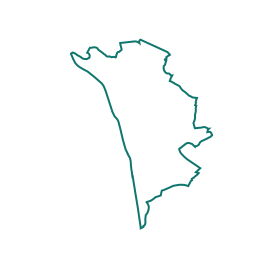 the district of Santa Lucía, Atlántico, Colombia, rotated 25°
{"feature_id": "7082276B3816592638323", "entity_name": "Santa Lucía", "entity_type": "district", "adm_level": 2, "iso_a3": "COL", "parent_name": "Colombia", "parent_adm1": "Atlántico", "projection": "robinson", "projection_center": [-74.963, 10.342], "detail": "fine", "context": "isolated", "style": "outline", "palette": "teal", "viewbox_px": 256, "rotation_deg": 25, "n_neighbors": 0, "source": "geoboundaries", "source_scale": "gbopen_adm2", "svg_char_len": 5529}
<svg xmlns="http://www.w3.org/2000/svg" viewBox="0 0 256 256"><g transform="rotate(25 128 128)"><path d="M145.9,61.6L145.1,62.0L144.6,62.0L144.2,62.0L143.7,61.8L143.4,61.7L143.0,61.5L142.9,61.4L142.7,61.3L142.4,61.3L141.3,61.6L141.0,61.7L140.7,61.9L140.5,62.0L139.8,62.1L139.2,62.0L138.8,61.9L138.2,61.7L137.8,61.4L137.2,61.1L136.6,60.7L136.3,60.4L135.9,60.0L135.6,59.5L135.1,58.9L134.7,57.9L134.5,57.4L134.3,56.9L134.3,56.6L134.4,56.4L134.7,55.6L134.8,55.1L134.8,54.9L134.8,54.6L134.7,54.2L134.6,53.9L134.6,53.5L134.3,52.8L134.3,52.2L134.4,51.4L134.4,51.2L134.3,50.9L134.1,50.9L133.5,50.9L133.1,50.9L132.5,50.5L132.4,50.4L132.4,50.2L132.9,49.8L133.3,49.7L133.5,49.6L133.7,49.4L133.7,49.2L133.3,48.2L133.1,47.8L132.8,47.6L133.0,47.2L134.0,45.5L135.0,44.0L134.7,43.9L134.3,43.6L132.9,43.0L131.6,42.5L131.2,42.5L130.4,42.5L103.0,42.7L102.0,42.7L101.7,43.1L101.6,43.5L101.5,44.0L101.5,44.5L101.6,44.9L101.9,45.5L102.5,46.3L101.2,46.0L100.3,46.0L99.3,46.1L98.6,46.2L97.8,46.6L96.9,47.0L93.8,48.9L87.1,53.0L85.0,54.3L85.9,55.7L86.5,56.4L87.9,58.1L88.3,58.5L88.6,58.9L89.0,59.5L89.1,59.8L89.1,60.1L88.9,60.5L88.4,61.3L88.0,62.4L87.8,62.7L87.7,62.8L87.5,63.0L86.9,63.4L86.7,63.6L86.6,63.8L86.5,64.0L86.4,64.4L86.6,65.2L86.6,66.8L86.7,67.2L87.0,68.1L87.1,68.5L87.1,68.9L86.9,69.1L86.8,69.3L86.6,69.3L85.6,69.4L85.3,69.4L84.9,69.6L84.5,69.8L83.8,70.4L83.4,70.7L83.0,70.8L82.6,70.9L81.7,70.8L81.3,70.9L81.0,71.0L80.5,71.2L79.8,71.7L79.5,71.8L79.0,72.0L78.5,72.0L78.2,72.0L77.7,71.8L76.9,71.5L76.5,71.3L75.2,71.2L74.2,70.9L73.1,70.6L70.6,70.1L69.3,69.9L68.7,69.7L68.2,69.6L67.4,69.3L67.0,69.0L66.6,68.7L66.2,68.6L65.7,68.6L65.1,68.6L64.8,68.7L64.1,68.8L63.8,68.9L63.4,69.0L62.8,69.4L62.1,69.8L61.7,70.2L61.1,70.6L59.9,71.3L59.6,71.4L59.4,73.4L59.3,75.7L59.2,77.0L59.7,77.0L60.5,77.1L61.2,77.2L61.4,77.3L62.2,78.0L62.6,78.4L62.9,79.0L63.0,79.3L63.2,80.7L63.2,80.9L63.1,81.1L62.7,81.3L62.2,82.0L61.8,82.6L61.3,83.1L61.1,83.2L60.7,83.2L60.2,83.5L59.7,83.8L59.2,83.9L58.8,84.0L57.7,84.1L57.3,84.1L56.4,84.0L56.0,83.9L55.6,83.8L55.0,83.5L54.8,83.6L54.0,83.6L53.5,83.5L52.6,83.5L52.0,83.4L51.1,83.3L50.6,83.3L50.1,83.1L48.5,82.8L47.0,82.9L45.8,83.1L45.6,83.7L45.2,84.2L44.9,84.8L49.7,89.1L53.0,91.5L55.8,92.7L58.2,93.2L61.8,93.6L67.5,93.9L76.1,96.0L85.5,98.7L88.5,100.5L92.3,104.1L103.3,115.9L107.1,120.0L111.0,123.1L114.7,124.7L116.5,126.1L121.7,132.4L128.3,140.8L134.8,148.3L139.3,152.0L139.2,152.1L142.1,154.1L143.0,155.0L144.6,157.2L146.3,160.3L148.3,163.7L149.9,166.0L152.6,170.3L152.8,170.0L163.3,185.5L170.5,196.0L181.1,212.1L181.9,213.5L182.3,212.9L182.9,212.3L182.8,212.2L183.5,211.5L183.7,211.2L183.4,210.9L183.4,210.5L183.4,210.3L183.5,210.1L183.8,209.8L184.2,208.8L184.2,208.5L184.2,207.9L184.0,207.5L184.0,207.1L183.9,206.8L183.7,206.1L183.4,205.7L183.1,205.0L182.7,204.4L182.4,203.6L182.2,203.2L182.1,202.9L181.1,200.0L180.9,199.4L181.1,199.0L181.2,198.3L181.3,197.7L181.5,196.8L181.4,195.9L181.4,195.1L181.3,194.3L181.1,193.5L180.9,192.7L180.7,192.0L180.0,190.3L178.6,189.0L177.3,187.9L176.8,187.7L176.4,187.6L176.2,187.5L176.2,187.2L176.4,187.0L177.0,186.6L177.3,186.3L177.6,185.9L178.4,185.2L179.2,184.5L179.9,183.5L180.1,183.1L180.6,182.3L181.5,180.6L182.1,179.2L182.5,178.7L182.9,178.4L186.2,175.3L186.1,175.0L186.0,174.5L185.5,172.5L185.1,170.4L186.5,169.3L190.8,164.4L192.3,162.7L193.4,161.3L197.6,158.4L199.2,157.4L201.2,156.6L201.7,156.3L203.2,155.8L204.5,155.5L206.0,155.3L207.1,155.2L207.4,149.4L207.7,148.9L208.1,148.3L207.3,147.2L207.6,146.7L208.0,146.1L208.3,145.7L208.6,145.0L209.3,143.5L209.8,142.4L210.5,141.1L210.6,140.7L210.8,140.1L211.1,139.0L210.6,139.0L209.2,139.2L208.7,139.4L208.2,139.4L210.5,133.9L205.9,133.1L201.2,132.4L197.2,131.7L195.8,131.5L194.7,131.3L190.8,130.2L190.1,129.9L186.7,128.6L186.0,128.1L185.0,127.3L184.4,126.7L183.8,126.2L183.3,125.5L183.2,125.2L184.6,122.8L185.8,120.4L186.4,119.2L186.8,118.5L187.0,118.0L187.3,117.5L188.0,116.8L188.5,116.3L189.0,116.1L189.4,115.9L190.2,115.7L190.9,115.6L192.1,115.5L192.7,115.4L193.1,115.5L194.1,115.8L196.8,116.8L196.9,116.0L197.0,115.8L197.2,115.7L197.8,115.3L198.5,114.6L199.1,113.5L199.2,112.9L199.3,112.4L199.3,111.9L199.3,111.4L199.3,110.8L199.4,110.4L199.8,109.5L200.4,108.6L200.8,108.1L201.4,107.5L201.8,107.0L202.4,106.2L202.9,105.7L204.2,104.1L204.5,103.7L204.8,103.2L205.1,102.7L205.6,102.2L206.1,101.8L206.2,101.7L207.3,99.1L206.9,98.6L206.2,98.0L205.6,97.4L205.2,97.2L204.9,97.0L204.6,97.0L204.2,96.9L203.4,97.0L203.0,97.2L201.7,98.2L201.0,95.4L201.5,94.9L201.7,94.4L201.5,94.5L200.8,94.8L200.4,94.8L199.3,94.6L198.8,94.6L198.4,94.6L197.5,94.7L197.1,94.8L196.6,95.0L196.1,95.3L194.7,96.3L194.0,96.8L193.7,97.0L193.4,97.2L192.6,97.6L191.4,98.4L190.6,98.8L189.6,99.5L189.4,99.7L188.6,99.9L188.2,99.5L188.0,99.1L187.4,98.4L186.7,97.7L185.5,96.2L185.3,95.9L185.2,95.3L185.1,95.0L185.1,93.1L184.9,92.2L184.8,91.6L184.8,91.1L184.6,90.9L184.5,90.7L184.3,90.2L184.2,89.9L184.1,89.6L183.3,88.2L183.1,87.3L182.9,86.4L182.8,85.9L182.6,85.2L182.5,84.7L181.8,83.0L181.5,82.3L181.3,81.9L181.0,81.3L180.8,80.7L180.7,79.9L180.5,79.0L179.2,79.0L179.2,78.1L179.2,77.4L178.8,76.2L178.4,75.8L178.2,75.1L178.1,74.1L178.0,73.7L177.9,73.2L177.9,72.8L177.8,71.6L175.6,72.4L173.9,72.9L173.1,73.0L172.8,73.0L171.3,72.8L170.9,72.8L170.6,72.9L169.6,72.9L168.2,72.4L167.8,72.3L166.7,71.9L165.5,71.6L163.5,71.1L162.2,70.9L161.6,70.7L160.9,70.5L160.2,70.2L158.9,69.5L158.4,69.2L157.7,68.7L157.1,68.4L156.8,68.3L153.4,68.1L152.1,68.1L150.6,67.8L149.0,67.8L148.0,67.6L146.0,67.8L145.6,63.7L145.9,62.6L145.9,61.6Z" fill="none" stroke="#0f766e" stroke-width="2"/></g></svg>